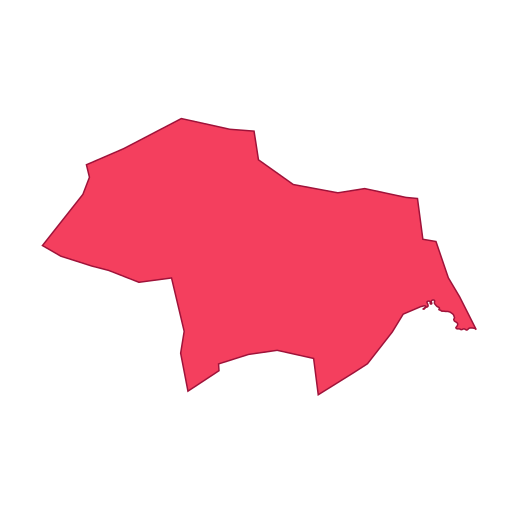 Lu'n, Töv, Mongolia (Equal Earth projection), rotated 174°
{"feature_id": "93677404B53704877683410", "entity_name": "Lu'n", "entity_type": "district", "adm_level": 2, "iso_a3": "MNG", "parent_name": "Mongolia", "parent_adm1": "Töv", "projection": "equal_earth", "projection_center": [104.801, 47.789], "detail": "fine", "context": "isolated", "style": "filled", "palette": "rose", "viewbox_px": 512, "rotation_deg": 174, "n_neighbors": 0, "source": "geoboundaries", "source_scale": "gbopen_adm2", "svg_char_len": 2306}
<svg xmlns="http://www.w3.org/2000/svg" viewBox="0 0 512 512"><g transform="rotate(174 256 256)"><path d="M415.1,364.5L413.4,351.7L421.7,335.4L467.3,288.7L450.1,276.2L420.2,263.1L404.1,257.1L375.2,242.1L342.3,243.0L335.3,188.6L341.1,167.2L337.8,128.7L304.8,145.8L304.5,152.6L273.7,158.9L244.8,160.0L209.4,148.1L208.6,111.5L169.8,130.4L156.4,137.2L128.4,166.2L115.7,182.8L97.2,188.5L96.4,188.5L95.4,188.7L94.2,188.9L93.2,188.8L92.5,188.3L92.6,187.6L93.9,186.7L94.5,186.3L95.1,186.2L95.2,185.7L94.8,185.6L94.2,185.7L93.8,186.1L93.2,186.6L92.6,187.1L91.9,187.3L91.3,187.3L90.8,187.6L90.3,187.9L90.1,188.4L90.0,189.0L90.1,189.6L90.3,190.5L90.5,190.9L90.6,191.3L90.8,191.8L90.8,192.4L90.2,192.9L89.7,193.1L89.1,193.1L88.5,193.0L88.0,192.8L87.7,192.4L87.6,192.0L87.6,191.5L87.7,190.9L87.7,190.5L87.4,190.1L87.1,189.9L86.7,189.9L86.4,190.0L86.2,190.2L86.1,190.5L86.1,190.8L86.2,191.1L86.4,191.6L86.5,192.4L86.3,193.0L85.7,193.5L84.8,193.8L84.0,193.7L83.4,193.4L83.2,193.1L83.0,192.7L83.0,192.4L83.2,192.0L83.3,191.6L83.4,191.2L83.5,190.8L83.5,190.2L83.3,189.8L83.1,189.5L82.8,189.1L82.1,188.0L81.8,187.6L81.5,187.2L80.8,186.5L80.4,186.3L79.9,186.1L79.6,185.9L79.4,185.7L79.2,185.4L79.0,184.9L79.1,184.6L79.3,184.3L79.6,184.0L79.7,183.7L79.4,183.2L79.0,183.1L78.5,182.9L78.1,182.8L77.8,182.5L77.5,182.0L76.9,181.7L75.9,181.6L74.6,181.4L73.6,181.1L72.8,181.0L72.0,180.9L71.0,180.8L70.0,180.4L69.0,180.0L68.4,179.6L67.9,179.1L66.6,178.0L66.1,177.4L65.7,176.7L65.4,175.8L65.3,174.9L65.0,174.0L65.2,173.5L65.5,173.0L65.9,172.5L66.0,172.0L65.8,171.4L65.5,170.6L64.7,169.9L64.0,169.4L63.2,168.7L62.6,167.9L62.5,167.3L62.6,166.7L62.9,166.0L63.4,165.3L63.8,164.8L64.4,164.3L64.7,163.9L64.6,163.5L64.4,163.0L63.8,162.6L63.0,162.4L62.3,162.4L61.7,162.3L61.2,162.2L60.5,161.8L60.0,161.4L59.7,161.3L59.2,161.3L58.8,161.3L58.4,161.5L57.7,161.7L57.0,161.8L56.4,161.7L56.0,161.5L55.5,161.1L55.0,160.7L54.5,160.4L54.1,160.4L53.7,160.4L53.4,160.6L52.9,160.9L52.5,161.3L52.0,161.7L51.2,162.0L50.2,162.0L49.1,161.9L48.0,161.7L47.2,161.5L46.3,161.2L45.6,160.8L44.7,159.8L57.7,194.0L67.0,214.2L75.5,251.6L88.3,255.2L89.4,296.3L100.8,298.6L140.9,311.7L168.1,310.3L211.5,323.2L243.5,351.4L244.2,366.4L244.9,380.4L268.4,384.7L268.9,384.8L315.9,400.5L376.4,376.6L415.1,364.5Z" fill="#f43f5e" stroke="#9f1239" stroke-width="1.5"/></g></svg>